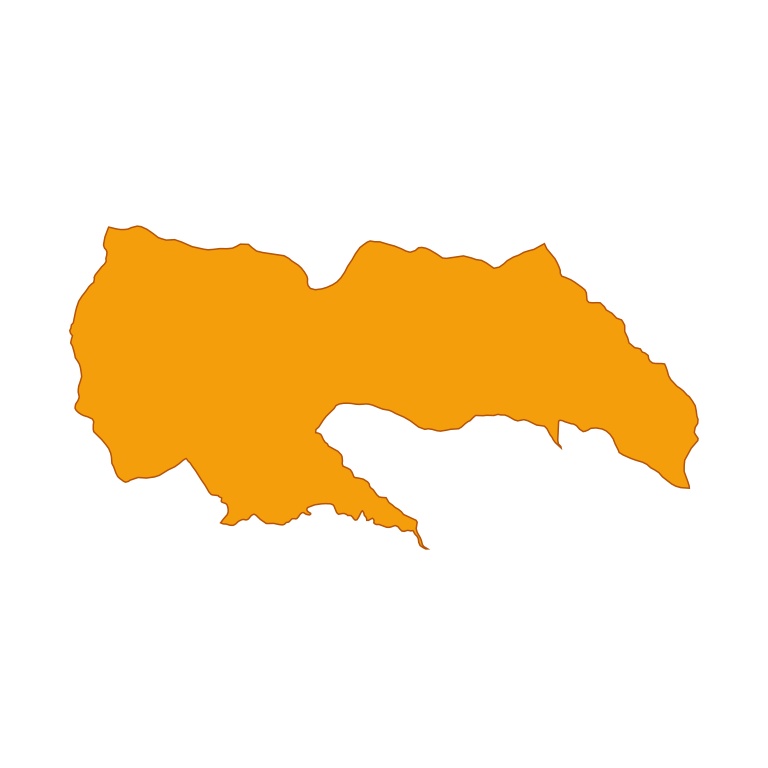 the district of Jordán Sube, Santander, Colombia, rotated 8°
{"feature_id": "7082276B50890297817335", "entity_name": "Jordán Sube", "entity_type": "district", "adm_level": 2, "iso_a3": "COL", "parent_name": "Colombia", "parent_adm1": "Santander", "projection": "robinson", "projection_center": [-73.096, 6.712], "detail": "fine", "context": "isolated", "style": "filled", "palette": "amber", "viewbox_px": 768, "rotation_deg": 8, "n_neighbors": 0, "source": "geoboundaries", "source_scale": "gbopen_adm2", "svg_char_len": 6113}
<svg xmlns="http://www.w3.org/2000/svg" viewBox="0 0 768 768"><g transform="rotate(8 384 384)"><path d="M523.3,222.7L513.8,229.8L508.8,231.9L504.2,234.1L499.4,237.7L494.5,240.3L488.9,244.7L485.9,248.4L481.9,252.2L476.7,254.1L468.6,249.9L463.3,248.0L458.0,248.0L453.0,247.0L444.9,246.1L428.3,250.9L424.4,251.1L418.0,247.9L410.8,244.9L406.5,243.7L402.4,243.5L399.2,244.3L396.4,247.5L391.6,249.9L387.2,249.3L382.1,247.6L375.1,245.9L368.5,245.1L360.0,243.8L355.0,244.4L350.4,244.3L347.7,245.8L344.4,248.9L341.2,252.2L337.6,259.0L335.1,265.4L331.7,272.4L329.6,278.6L326.6,284.8L323.2,289.5L319.3,292.9L313.9,296.3L309.1,298.5L302.8,300.2L297.8,299.6L295.0,297.0L294.0,294.0L293.7,290.6L292.7,288.1L289.7,284.3L285.9,280.6L282.6,278.3L275.4,274.9L272.5,273.0L267.2,270.9L245.4,270.7L239.3,270.1L234.3,267.3L230.3,264.6L222.3,265.5L218.8,268.2L215.0,270.6L209.5,271.9L202.9,272.7L196.9,274.3L191.1,275.6L186.9,275.6L174.9,274.7L163.5,271.5L156.6,270.2L148.3,271.8L143.5,271.1L140.0,270.4L134.8,267.4L127.7,263.8L121.6,262.0L117.6,262.0L112.0,264.3L109.0,266.2L105.7,267.1L101.7,267.7L97.6,267.7L89.6,266.9L89.2,268.1L87.2,277.2L86.9,283.9L87.0,285.7L88.3,288.3L90.3,290.0L91.3,291.9L91.5,295.1L91.1,298.3L91.8,301.2L90.6,304.0L88.1,307.3L82.9,316.1L82.1,319.2L82.6,320.1L82.4,323.8L80.5,325.7L78.4,328.5L75.8,333.7L72.6,339.2L70.2,344.5L69.0,350.7L68.5,354.9L67.8,366.6L66.2,369.1L66.2,372.1L65.4,374.9L66.6,377.5L68.8,379.6L68.3,382.7L68.0,386.9L70.3,390.0L73.3,396.9L74.7,401.0L77.3,403.8L79.5,406.6L81.1,410.0L82.9,416.0L83.6,418.9L82.9,423.8L82.0,428.4L82.0,431.8L82.3,434.6L83.8,438.5L83.9,440.3L83.2,443.2L81.5,446.8L81.3,449.4L81.5,451.2L83.0,453.1L85.6,454.9L88.1,456.1L90.6,457.0L95.5,457.8L100.2,459.3L101.8,461.7L101.8,465.0L102.4,469.4L103.2,471.6L112.2,478.3L117.1,482.8L120.3,486.1L122.9,490.4L124.2,494.0L125.6,500.5L127.8,503.6L131.0,509.6L133.2,512.7L135.4,514.3L139.7,516.6L141.6,517.2L144.5,516.0L145.9,514.6L153.5,510.8L161.8,510.2L169.6,508.0L174.3,505.7L182.5,498.9L188.3,495.1L192.3,491.3L195.6,487.5L198.3,485.3L199.1,485.8L200.5,487.4L203.2,489.3L205.7,492.2L209.6,496.2L216.1,503.9L221.2,509.5L225.6,515.2L227.9,517.2L229.2,517.7L235.4,517.6L235.8,518.2L237.2,518.9L239.0,519.3L239.2,520.3L239.1,522.7L240.0,523.6L243.9,524.4L245.2,525.3L246.1,526.9L247.1,529.6L247.5,532.6L246.9,535.3L243.4,540.7L241.5,544.2L244.1,544.9L247.3,544.7L251.3,545.3L254.0,545.0L255.2,544.4L257.0,542.8L258.3,541.0L259.6,539.8L261.7,538.4L263.2,537.7L266.2,537.8L267.4,537.4L268.6,536.5L270.6,533.1L272.1,531.7L273.4,531.0L275.5,531.7L280.4,535.3L286.7,538.5L288.1,538.4L294.1,537.4L300.5,537.8L303.3,537.6L305.0,536.7L305.9,535.4L306.8,534.6L308.4,534.2L309.4,533.4L311.3,530.7L312.0,530.2L314.1,529.8L315.5,529.9L316.6,529.2L317.7,527.5L318.6,525.6L319.4,524.2L320.5,523.1L321.5,522.6L322.4,522.6L324.5,523.7L326.1,524.0L328.5,524.0L329.4,523.3L329.4,522.3L326.3,520.9L325.2,519.6L325.0,518.3L325.6,517.0L326.7,516.3L332.2,513.3L338.7,511.4L342.8,510.6L347.8,510.1L350.2,510.7L351.4,511.7L354.8,517.6L356.1,518.8L357.2,519.3L360.9,518.0L362.9,517.8L365.1,518.4L366.5,519.3L367.8,519.0L369.6,518.9L371.4,520.2L372.6,521.6L374.4,522.8L376.1,522.2L377.4,519.5L379.5,513.3L380.4,512.6L381.8,514.3L382.9,517.0L384.4,518.0L385.4,519.5L385.9,521.4L387.6,521.2L391.1,518.6L392.4,519.3L393.2,520.7L393.2,522.9L394.7,523.9L396.4,524.2L398.7,523.8L406.5,525.5L408.7,525.3L410.4,524.8L414.8,522.6L417.6,523.3L419.8,525.4L422.1,527.1L424.5,527.1L427.5,525.7L429.3,525.6L430.7,525.8L432.9,525.2L433.7,525.8L434.6,527.2L435.8,528.6L437.8,530.1L439.4,532.3L440.5,536.1L442.2,538.9L445.3,540.5L448.1,541.5L450.2,541.2L445.9,539.4L444.3,537.5L442.7,533.6L441.5,531.5L437.4,526.1L436.0,522.7L436.1,516.2L434.7,514.5L421.5,510.5L419.0,508.1L415.9,506.2L412.2,504.7L409.0,502.6L405.4,500.7L401.9,496.3L397.5,496.6L394.8,496.5L392.3,494.7L387.9,490.1L385.5,488.8L384.1,487.4L383.2,485.0L381.5,483.3L376.8,481.1L371.9,480.7L368.7,480.7L367.2,480.3L364.6,475.8L362.6,473.6L360.0,472.5L354.9,471.1L353.7,468.8L353.5,465.6L352.5,461.6L351.4,460.0L347.8,457.1L337.6,453.2L336.3,451.2L333.7,449.8L331.6,447.4L329.9,444.6L328.3,442.6L325.6,441.8L323.1,441.7L322.9,438.6L325.5,435.5L328.9,428.1L331.4,423.8L337.9,415.4L339.5,412.0L342.5,410.0L346.7,408.7L351.1,408.0L354.7,407.8L359.4,407.9L362.6,407.6L369.3,406.2L372.0,406.1L375.6,406.5L384.9,408.8L386.8,409.1L392.6,409.3L395.8,410.1L399.4,411.5L408.4,414.0L415.3,416.8L424.3,421.8L430.7,423.2L433.9,422.2L438.1,422.2L443.0,422.9L446.5,422.8L452.1,421.1L456.2,419.6L464.2,417.9L466.9,415.7L469.8,412.1L472.2,409.7L474.4,408.3L476.9,404.9L479.1,402.4L486.5,401.6L490.0,400.7L497.2,399.9L501.1,398.2L504.1,398.4L507.9,397.9L511.5,398.7L518.2,401.4L521.5,401.9L527.6,399.8L531.7,400.4L540.8,403.4L548.4,403.4L550.0,404.3L551.9,406.0L555.6,411.2L557.7,413.3L559.4,415.7L561.7,418.1L568.3,422.7L567.8,421.3L565.0,419.0L563.9,415.5L562.1,396.5L563.3,395.4L566.1,395.5L568.3,396.2L574.8,397.3L577.4,397.3L580.5,398.5L583.9,401.5L587.9,403.4L589.7,402.8L592.2,401.4L595.0,399.1L600.1,398.0L606.4,398.2L610.7,399.6L614.9,402.4L618.6,406.4L621.2,411.1L625.1,416.7L626.4,419.1L630.7,421.0L639.1,423.4L644.6,424.5L650.7,425.4L655.6,427.0L659.7,429.8L664.0,431.4L668.5,433.5L672.7,437.2L682.8,443.0L687.3,444.6L692.4,445.3L700.9,444.7L700.5,442.8L698.5,438.5L693.4,428.9L692.6,422.8L692.4,417.5L697.2,404.8L702.6,396.4L702.6,394.2L699.6,390.9L698.0,388.8L698.2,383.6L700.1,379.5L699.9,375.4L698.3,372.3L697.0,367.4L695.2,362.2L691.8,358.0L688.1,354.1L685.5,352.7L681.5,349.3L678.0,347.2L674.4,345.5L667.4,339.8L664.7,336.3L662.7,331.6L660.8,327.9L659.1,325.1L656.2,325.1L649.9,325.9L646.8,325.8L644.0,324.1L642.6,322.2L641.6,319.0L638.1,317.0L635.2,316.4L633.0,313.6L630.1,313.2L627.3,313.2L620.9,309.2L618.9,304.4L615.1,298.6L614.2,292.5L612.0,289.4L610.4,287.5L605.1,286.4L600.0,282.3L593.7,279.7L591.6,276.9L586.8,273.5L583.7,273.8L579.0,274.6L575.5,274.7L573.4,272.9L571.7,265.6L569.9,262.9L566.7,260.9L559.2,256.9L554.5,254.8L548.3,253.1L545.2,252.6L543.3,250.2L542.6,246.7L540.6,243.0L538.2,239.3L535.9,236.2L526.3,227.4L523.3,222.7Z" fill="#f59e0b" stroke="#b45309" stroke-width="1.5"/></g></svg>